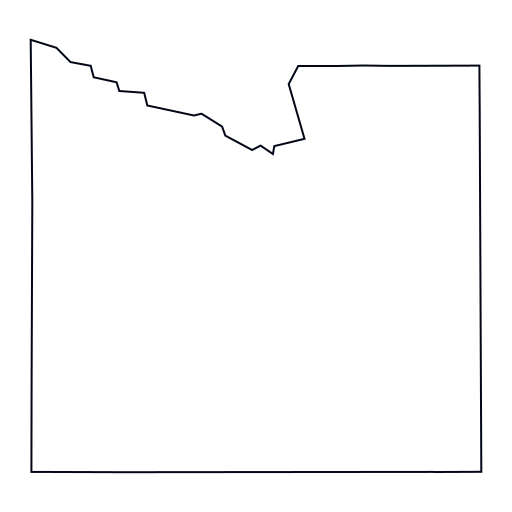 Blue Earth, Minnesota, United States of America (Albers equal-area conic projection)
{"feature_id": "52423323B75233967611088", "entity_name": "Blue Earth", "entity_type": "district", "adm_level": 2, "iso_a3": "USA", "parent_name": "United States of America", "parent_adm1": "Minnesota", "projection": "albers", "projection_center": [-94.099, 44.056], "detail": "fine", "context": "isolated", "style": "outline", "palette": "ink", "viewbox_px": 512, "rotation_deg": 0, "n_neighbors": 0, "source": "geoboundaries", "source_scale": "gbopen_adm2", "svg_char_len": 524}
<svg xmlns="http://www.w3.org/2000/svg" viewBox="0 0 512 512"><path d="M31.4,471.9L122.5,472.2L430.9,471.9L432.5,471.9L435.3,472.0L437.3,472.0L481.3,471.8L479.7,110.8L479.4,65.6L389.9,65.9L363.5,65.5L337.4,66.0L298.2,66.0L288.7,84.1L304.5,138.8L274.3,146.1L272.9,154.0L260.6,145.6L252.1,150.0L225.3,135.6L222.1,126.6L201.5,113.7L194.0,115.5L147.3,105.5L144.2,92.8L119.3,91.0L116.6,82.3L93.7,77.3L90.7,65.8L70.5,62.1L56.4,47.8L30.7,39.8L32.3,201.4L31.6,381.7L31.4,471.9Z" fill="none" stroke="#020617" stroke-width="2"/></svg>